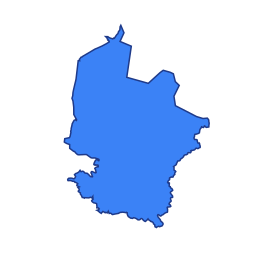 the district of Leilek, Batken, Kyrgyzstan, rotated 297°
{"feature_id": "92254566B28866404519709", "entity_name": "Leilek", "entity_type": "district", "adm_level": 2, "iso_a3": "KGZ", "parent_name": "Kyrgyzstan", "parent_adm1": "Batken", "projection": "robinson", "projection_center": [69.614, 39.878], "detail": "fine", "context": "isolated", "style": "filled", "palette": "blue", "viewbox_px": 256, "rotation_deg": 297, "n_neighbors": 0, "source": "geoboundaries", "source_scale": "gbopen_adm2", "svg_char_len": 5756}
<svg xmlns="http://www.w3.org/2000/svg" viewBox="0 0 256 256"><g transform="rotate(297 128 128)"><path d="M192.1,131.5L177.0,125.8L172.6,103.9L202.4,93.8L201.5,81.6L211.0,81.2L216.2,75.0L215.9,75.0L214.6,75.0L211.7,76.2L209.4,75.8L207.5,76.2L206.6,75.8L205.3,75.5L201.6,75.1L201.5,74.9L201.6,74.4L200.5,74.0L200.4,73.0L200.1,71.9L200.0,69.3L200.3,68.7L199.3,66.6L198.7,68.4L197.9,69.2L197.9,70.0L197.1,70.2L196.8,71.8L196.2,72.2L193.5,70.6L189.2,67.6L185.1,64.3L183.4,62.8L171.6,55.3L170.8,54.8L170.2,54.7L169.7,54.0L167.6,53.7L167.3,53.5L166.8,53.6L166.0,54.4L165.3,53.1L148.0,59.5L146.1,60.0L141.5,61.1L136.7,62.3L134.6,62.9L131.7,64.1L129.0,64.6L127.1,66.7L121.9,70.2L115.4,73.6L112.8,77.3L112.4,77.4L112.5,77.8L112.0,78.5L111.4,78.6L111.5,78.0L111.4,77.8L110.7,76.7L110.4,76.5L108.6,76.4L106.1,76.4L105.5,76.7L101.7,77.6L101.0,78.0L100.3,78.2L99.6,78.3L99.1,78.4L98.2,79.1L94.3,80.2L92.8,80.2L89.8,76.5L86.6,77.6L86.4,78.8L86.4,80.8L86.8,83.5L83.4,85.3L82.5,90.2L82.8,91.1L82.1,92.5L81.4,95.0L81.7,96.2L85.0,102.0L85.5,103.2L84.7,108.5L85.0,109.7L86.3,112.1L86.8,115.3L86.8,116.4L86.1,116.8L85.6,116.8L85.5,116.5L85.5,116.2L86.1,115.3L85.4,114.3L84.8,113.8L84.1,113.7L82.0,113.7L80.2,114.0L79.9,114.3L79.9,115.2L80.2,115.3L80.5,115.9L80.3,116.2L80.6,116.5L80.6,116.8L81.3,118.0L80.8,118.7L80.0,119.1L79.7,118.9L79.6,118.3L78.3,117.3L77.4,116.8L76.8,116.8L75.9,118.3L75.6,118.3L74.4,119.4L73.8,119.8L73.6,119.7L73.2,119.2L72.9,115.7L72.5,115.3L71.8,115.2L71.2,115.4L70.5,116.6L69.6,117.2L69.0,117.9L68.9,118.2L68.5,118.5L68.3,118.4L67.7,116.9L67.8,116.2L68.1,115.7L69.0,112.8L69.1,112.1L68.5,110.8L68.4,109.6L68.8,109.0L69.0,107.9L69.0,107.6L68.9,107.2L68.5,106.6L68.1,106.4L67.8,106.1L67.8,105.5L68.5,104.5L66.7,104.2L66.0,103.9L64.5,102.9L63.6,102.0L62.1,101.5L61.3,102.9L60.9,103.4L59.3,103.4L58.2,102.9L58.0,102.0L57.9,101.1L57.4,99.8L56.3,98.0L55.2,97.6L54.6,97.7L54.2,98.0L53.9,98.4L54.0,98.7L54.8,100.1L55.2,100.9L55.4,102.9L56.0,104.1L55.9,104.7L55.5,105.4L55.8,105.9L55.7,108.0L55.5,108.6L54.2,108.3L53.8,108.4L53.4,108.7L53.4,111.3L52.2,110.4L52.0,111.0L51.3,112.3L50.3,112.7L49.3,112.3L48.8,112.6L48.6,115.0L47.6,115.4L46.8,117.0L45.3,118.8L45.7,119.6L45.7,120.9L46.2,120.9L48.0,124.9L49.2,125.9L49.3,126.8L50.1,127.6L50.9,127.7L50.5,127.9L50.0,128.4L49.6,128.5L49.4,128.3L49.0,128.3L48.8,129.2L47.3,128.8L47.1,128.6L46.7,128.6L46.4,128.9L46.0,129.8L45.8,131.0L45.8,131.7L46.1,132.5L46.4,134.3L44.0,136.0L43.2,136.2L42.7,136.5L43.3,137.7L43.3,138.1L43.0,138.3L43.0,138.7L42.7,138.6L42.4,138.7L42.3,139.1L41.9,139.2L41.6,139.0L41.1,138.3L41.0,138.5L40.9,138.4L40.6,138.0L40.6,138.7L40.3,140.1L40.0,140.8L39.8,142.9L40.6,142.9L40.8,143.2L42.1,143.4L42.3,143.5L42.3,144.8L42.1,145.2L42.2,146.3L42.4,146.4L42.7,146.4L42.9,147.0L42.9,148.1L43.0,148.2L44.9,148.2L43.9,149.4L43.3,150.0L44.2,151.2L44.2,152.2L43.9,152.7L43.8,153.2L43.9,153.6L45.2,155.1L47.6,158.3L48.4,158.7L48.6,159.0L49.1,159.2L49.4,159.5L49.6,160.1L50.3,160.9L50.6,161.6L51.2,163.1L51.4,164.1L51.7,164.6L52.1,164.8L52.1,165.0L52.0,165.3L52.1,165.8L51.4,166.1L50.5,166.8L49.7,167.7L49.6,168.1L49.2,168.5L48.9,171.3L49.3,172.3L49.4,172.9L49.8,173.3L50.6,173.7L50.9,174.7L51.0,176.0L51.1,177.1L50.8,177.5L50.7,178.6L51.4,179.9L52.0,180.3L53.2,180.7L53.5,181.2L53.5,181.6L53.4,182.2L53.1,182.8L53.1,183.0L52.7,183.7L52.5,185.6L52.6,185.9L54.8,186.8L56.1,187.1L55.7,187.7L55.4,189.0L55.4,190.5L55.1,190.6L55.1,191.4L55.4,192.1L55.3,192.8L55.1,193.4L54.2,194.2L53.9,195.8L52.8,196.4L52.7,196.7L52.2,197.2L52.4,197.6L52.2,198.3L51.6,198.3L52.7,198.6L53.4,199.1L54.4,200.0L54.4,201.0L56.3,202.8L56.9,202.9L58.3,202.9L59.0,202.4L59.5,201.3L59.9,199.5L61.0,198.3L62.3,195.3L63.2,194.2L63.6,194.0L64.2,194.0L64.5,194.1L64.6,194.5L64.6,195.0L64.3,196.0L64.3,196.9L64.9,197.5L65.6,197.6L66.6,198.5L67.8,199.0L69.0,199.6L70.0,200.3L70.7,201.2L71.2,201.3L73.3,200.3L75.0,199.0L75.3,199.0L75.6,199.2L76.0,200.0L77.0,201.4L77.7,201.7L78.6,200.7L78.7,199.6L78.9,199.1L79.5,198.9L80.9,199.1L82.0,199.6L82.6,199.6L83.6,198.5L84.2,198.0L84.9,197.8L85.3,197.8L85.7,198.1L86.2,199.0L86.4,199.2L86.7,199.2L87.7,198.5L89.1,195.6L89.4,195.2L89.8,195.0L90.3,195.0L92.1,195.9L92.9,196.1L93.6,195.2L94.0,194.4L94.0,193.1L94.3,192.8L94.9,192.3L94.8,191.3L94.9,191.1L96.7,190.3L97.5,190.0L97.8,189.8L97.7,189.3L97.1,189.0L97.7,187.9L99.3,187.9L99.8,188.0L100.2,188.3L100.8,188.5L101.4,188.3L102.1,187.7L102.5,187.7L103.6,188.7L104.0,188.7L104.5,190.1L104.8,190.4L105.3,190.4L106.3,190.1L107.5,190.7L107.9,190.8L108.6,190.3L109.2,190.1L109.8,190.1L110.8,190.4L111.2,189.8L111.3,188.4L111.6,188.0L112.3,187.7L112.5,187.5L113.7,187.0L114.3,186.1L114.6,186.3L115.9,186.9L116.7,187.4L117.4,187.6L118.0,187.5L118.2,187.3L118.8,187.4L121.1,187.3L122.3,188.9L122.8,189.1L124.2,189.0L124.8,189.3L125.6,189.8L127.6,190.5L129.1,190.4L130.3,191.4L130.7,192.2L131.4,192.6L132.0,192.9L132.6,192.6L133.1,192.7L133.5,193.0L134.3,194.9L134.6,195.0L135.3,195.0L135.7,194.9L136.2,194.3L136.5,194.4L136.8,194.6L137.2,195.5L137.7,196.1L138.2,196.5L138.5,197.0L139.0,197.3L140.9,197.8L141.1,198.2L141.2,199.1L141.4,199.6L141.8,200.0L143.0,200.6L143.4,201.1L144.6,200.6L145.6,199.5L146.4,199.0L147.0,198.3L146.5,197.6L146.4,197.1L147.8,195.6L148.7,195.1L148.8,194.6L148.7,194.0L148.1,192.8L148.0,192.6L148.5,191.8L149.3,191.2L150.3,191.2L152.2,190.5L152.8,190.5L153.5,191.6L154.9,193.0L156.1,193.8L159.2,192.8L159.7,192.8L161.3,193.1L162.5,193.0L162.5,194.4L162.7,195.0L163.5,195.2L164.4,195.1L164.6,195.2L164.6,195.7L164.2,196.6L164.1,197.5L165.6,199.5L166.2,199.3L166.7,199.0L168.8,198.3L169.6,197.8L170.9,196.7L171.7,196.4L172.2,195.6L172.8,194.2L170.5,190.5L169.3,183.9L169.4,160.1L177.2,154.5L189.2,154.3L190.8,149.1L196.9,143.8L196.8,140.3L195.4,133.2L192.1,131.5Z" fill="#3b82f6" stroke="#1e3a8a" stroke-width="1.5"/></g></svg>